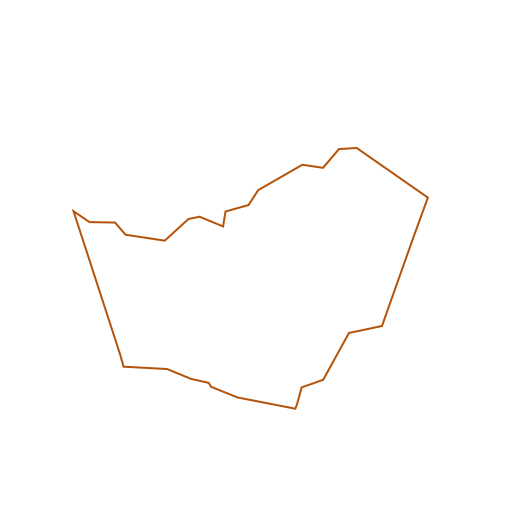 the district of Barrow, Georgia, United States of America, rotated 323°
{"feature_id": "52423323B78552239395021", "entity_name": "Barrow", "entity_type": "district", "adm_level": 2, "iso_a3": "USA", "parent_name": "United States of America", "parent_adm1": "Georgia", "projection": "orthographic", "projection_center": [-83.722, 34.011], "detail": "fine", "context": "isolated", "style": "outline", "palette": "amber", "viewbox_px": 512, "rotation_deg": 323, "n_neighbors": 0, "source": "geoboundaries", "source_scale": "gbopen_adm2", "svg_char_len": 560}
<svg xmlns="http://www.w3.org/2000/svg" viewBox="0 0 512 512"><g transform="rotate(323 256 256)"><path d="M314.5,387.7L393.7,335.3L397.9,332.6L428.4,312.8L401.4,230.3L386.6,220.5L362.6,225.9L347.9,211.0L297.5,204.7L280.7,210.8L258.4,202.1L247.5,212.6L234.6,190.7L224.3,185.8L192.3,188.8L164.6,160.5L163.6,144.5L143.4,128.7L137.2,110.4L121.3,156.8L88.1,253.2L83.6,264.7L116.8,292.6L130.2,315.1L141.9,328.9L141.4,333.5L156.3,358.1L195.5,401.6L199.5,399.1L213.4,388.4L235.2,395.3L283.9,373.4L314.5,387.7Z" fill="none" stroke="#b45309" stroke-width="2"/></g></svg>